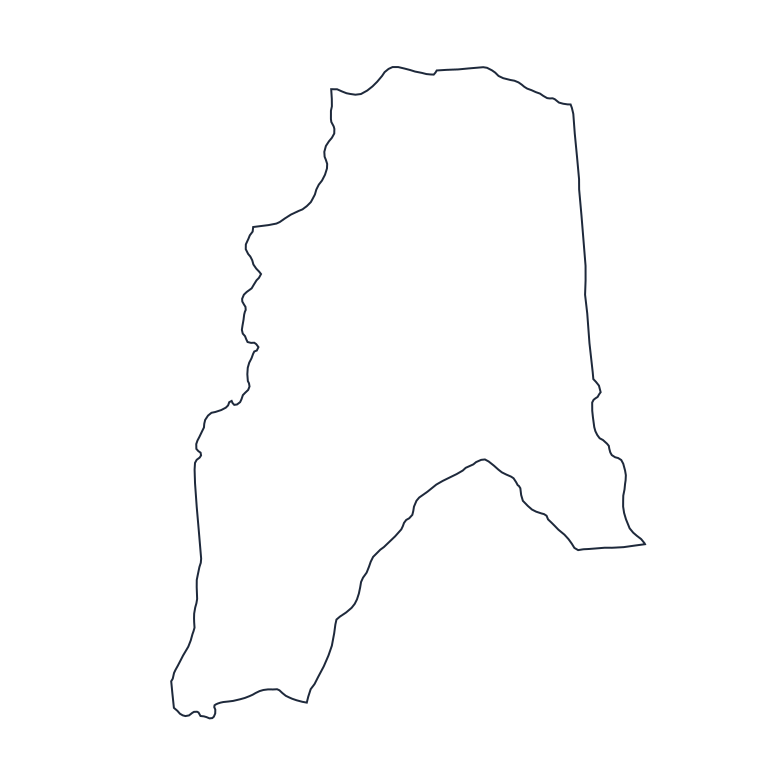 the district of Ivindo, Ogooué-Ivindo, Gabon, rotated 84°
{"feature_id": "22940354B21315660080276", "entity_name": "Ivindo", "entity_type": "district", "adm_level": 2, "iso_a3": "GAB", "parent_name": "Gabon", "parent_adm1": "Ogooué-Ivindo", "projection": "mercator", "projection_center": [13.138, 0.623], "detail": "fine", "context": "isolated", "style": "outline", "palette": "slate", "viewbox_px": 768, "rotation_deg": 84, "n_neighbors": 0, "source": "geoboundaries", "source_scale": "gbopen_adm2", "svg_char_len": 4639}
<svg xmlns="http://www.w3.org/2000/svg" viewBox="0 0 768 768"><g transform="rotate(84 384 384)"><path d="M135.3,167.5L134.3,167.6L129.0,168.3L125.5,169.2L125.1,172.2L124.0,176.5L122.4,180.6L118.6,184.4L117.5,186.4L117.3,189.5L116.7,191.9L114.1,195.5L111.5,198.5L109.6,202.5L107.2,206.6L105.2,210.7L103.1,213.4L100.7,215.7L98.1,218.7L96.0,222.6L94.9,226.4L92.3,233.5L89.6,237.9L85.9,240.9L83.3,243.9L80.3,248.5L79.3,252.2L79.0,267.0L78.9,277.3L78.5,283.1L78.1,289.3L77.7,298.8L79.6,300.2L81.5,302.2L81.0,305.4L80.2,309.4L78.5,314.0L76.5,320.5L74.5,325.1L72.4,330.7L70.3,336.7L69.7,342.4L71.1,346.5L73.9,350.8L77.4,353.7L82.7,359.2L86.8,364.3L90.4,370.0L93.2,376.6L93.3,382.2L92.0,387.3L90.9,390.9L88.6,395.3L86.0,399.8L85.3,405.7L95.0,406.1L102.4,406.8L106.7,408.2L115.0,409.1L117.9,409.0L122.6,407.1L125.1,406.7L129.7,407.3L133.7,410.1L136.9,413.4L141.2,416.9L146.9,419.1L151.8,419.3L154.9,418.4L159.2,417.5L163.7,418.2L169.7,420.8L175.2,424.4L178.9,428.0L183.6,431.0L188.3,432.9L192.5,435.7L195.4,437.7L198.9,442.0L201.8,446.8L203.0,450.9L205.8,458.9L208.9,465.1L212.0,470.7L213.2,474.2L213.9,482.3L214.2,497.7L218.7,498.7L222.1,501.9L225.5,503.7L230.7,506.8L235.5,507.4L240.5,505.5L243.3,503.6L247.2,502.1L251.5,501.4L255.9,499.0L259.4,496.3L261.8,494.8L265.4,497.3L267.5,499.9L271.5,503.0L275.0,505.6L278.1,510.9L280.5,514.0L284.5,516.2L287.2,516.3L290.4,514.9L292.8,513.7L295.9,513.8L297.6,514.8L300.3,515.8L305.5,517.0L311.4,518.7L315.3,519.7L319.1,519.2L321.9,517.2L325.2,516.3L328.0,515.3L329.2,511.9L329.4,508.7L331.0,506.9L334.2,505.0L337.4,507.0L338.1,509.6L340.3,511.0L344.6,513.1L348.7,515.8L353.6,517.8L360.0,518.9L366.8,519.1L369.2,518.2L372.4,518.0L375.7,519.7L378.2,523.0L380.3,525.5L384.4,527.4L387.0,529.0L389.0,532.3L389.1,535.1L387.1,536.6L384.9,537.3L385.9,539.8L389.0,541.3L391.0,543.8L392.9,548.6L394.2,554.7L394.6,558.6L397.0,562.3L401.0,565.6L404.7,566.9L408.4,567.6L411.9,569.8L417.4,573.2L420.7,575.4L424.1,577.0L428.9,577.4L431.4,575.6L433.1,573.6L435.9,573.4L437.9,575.0L439.8,578.2L442.7,580.2L449.2,581.3L455.8,581.8L458.7,582.0L462.7,582.3L486.6,583.1L509.3,583.5L538.6,584.1L542.7,584.9L546.7,586.7L554.2,589.1L559.3,590.7L566.4,591.5L578.2,592.3L582.5,593.5L586.5,595.1L592.5,596.8L597.1,597.4L601.0,597.7L606.5,597.9L610.0,599.3L612.7,600.6L618.8,603.0L624.8,606.1L633.0,612.2L637.3,615.0L642.6,618.5L646.6,621.3L649.4,623.0L655.0,624.9L657.4,626.7L669.5,626.8L684.1,626.8L687.5,623.6L690.6,621.4L692.5,618.8L693.5,616.2L693.2,612.5L692.3,611.1L691.0,609.0L690.2,607.2L690.4,604.2L691.3,602.8L695.0,601.2L695.7,597.9L696.7,595.4L698.3,592.5L698.3,589.7L697.1,588.0L694.0,586.3L690.2,585.8L687.6,586.6L685.8,586.1L685.1,584.8L684.4,582.7L683.8,579.9L683.5,577.1L683.5,572.1L683.4,567.2L682.9,563.2L682.5,560.0L682.2,558.3L681.7,555.3L680.4,550.5L679.3,547.1L677.9,544.0L676.4,539.8L675.7,535.9L675.6,531.4L676.2,526.0L676.4,522.2L677.7,520.0L680.7,517.4L683.8,514.3L685.6,511.4L687.4,508.3L689.4,504.0L691.5,498.5L692.8,494.1L687.0,492.0L679.8,488.8L675.1,484.4L668.6,480.2L658.5,473.4L648.2,467.6L638.8,463.2L626.7,459.6L618.1,457.5L613.3,455.9L610.7,452.1L607.3,445.6L603.2,439.6L599.6,436.1L595.4,433.4L589.8,430.9L583.9,429.0L578.5,427.5L574.4,425.1L569.8,421.0L564.1,418.0L559.4,415.8L554.8,412.9L548.4,405.0L546.2,401.2L536.6,388.8L530.4,382.0L527.3,380.1L524.2,378.6L521.5,376.1L520.2,373.0L517.1,369.5L513.5,368.2L509.1,367.0L503.5,363.9L500.6,360.9L495.7,352.1L489.5,342.5L486.5,335.7L483.2,326.7L481.2,321.2L478.3,314.7L475.9,311.5L473.3,303.6L471.3,300.6L469.6,295.3L469.6,291.5L472.0,288.0L476.7,283.2L481.1,279.2L484.2,276.0L486.8,271.9L489.4,267.3L491.3,265.0L495.6,262.8L498.6,261.6L499.5,260.5L501.9,259.3L508.7,259.2L514.7,258.1L520.3,253.7L524.3,250.0L526.9,246.0L529.2,240.9L530.1,238.5L532.0,236.1L535.8,235.0L539.3,232.0L543.0,229.0L547.1,225.8L552.7,220.3L557.6,216.7L562.5,213.9L566.9,211.8L569.5,208.3L569.2,203.0L569.5,197.6L569.7,190.1L569.9,181.6L570.7,174.4L571.3,162.8L570.9,151.3L570.6,141.2L569.7,141.5L565.2,144.4L561.3,148.5L557.9,151.7L553.2,154.8L543.8,157.5L537.3,158.7L530.9,159.0L524.6,158.3L520.0,157.7L513.9,155.8L508.6,154.7L505.1,153.8L500.0,153.0L495.2,153.3L488.3,154.4L484.4,156.0L482.1,158.9L481.0,161.8L478.5,164.9L475.7,166.1L472.0,166.7L469.0,166.9L466.6,168.5L462.6,172.1L460.5,175.2L457.1,177.2L453.1,178.7L448.9,179.4L438.6,179.7L432.4,179.7L424.2,178.9L421.6,177.2L420.3,175.1L419.2,172.9L416.7,171.1L414.8,169.4L408.1,170.4L404.0,173.0L401.0,175.3L394.1,175.2L364.8,175.4L335.1,174.5L316.2,174.7L302.1,172.7L287.6,171.2L237.3,170.0L210.9,169.6L200.7,168.6L178.7,168.3L154.7,168.1L135.3,167.5Z" fill="none" stroke="#1e293b" stroke-width="2"/></g></svg>